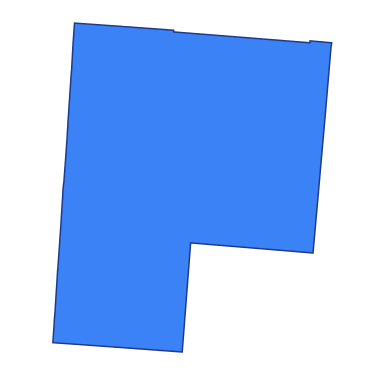 outline of Lincoln, Nevada, United States of America, rotated 184°
{"feature_id": "52423323B70783042425825", "entity_name": "Lincoln", "entity_type": "district", "adm_level": 2, "iso_a3": "USA", "parent_name": "United States of America", "parent_adm1": "Nevada", "projection": "orthographic", "projection_center": [-114.284, 37.76], "detail": "fine", "context": "isolated", "style": "filled", "palette": "blue", "viewbox_px": 384, "rotation_deg": 184, "n_neighbors": 0, "source": "geoboundaries", "source_scale": "gbopen_adm2", "svg_char_len": 804}
<svg xmlns="http://www.w3.org/2000/svg" viewBox="0 0 384 384"><g transform="rotate(184 192 192)"><path d="M320.9,324.9L320.7,309.5L320.7,309.1L320.6,306.8L320.7,301.5L320.7,299.3L320.7,294.8L320.7,284.1L320.6,275.4L320.7,273.8L320.7,273.7L320.6,260.2L320.6,251.9L320.5,249.6L320.5,242.5L320.4,239.0L320.4,237.2L320.4,234.6L320.4,221.4L320.4,219.3L320.4,213.8L320.5,194.7L320.5,192.9L320.7,191.2L320.9,183.5L320.7,181.1L320.7,176.0L320.7,171.0L320.5,150.3L320.5,124.3L320.5,106.6L320.6,104.1L320.4,79.6L320.3,63.0L320.4,55.3L320.4,54.6L320.3,50.2L320.3,32.0L305.5,32.0L304.6,32.0L190.6,31.7L189.8,141.1L67.0,139.6L64.5,275.0L63.4,347.2L63.0,350.6L84.8,351.0L84.8,349.1L221.5,350.4L221.5,352.1L305.0,352.3L321.0,352.3L321.0,332.3L320.9,324.9Z" fill="#3b82f6" stroke="#1e3a8a" stroke-width="1.5"/></g></svg>